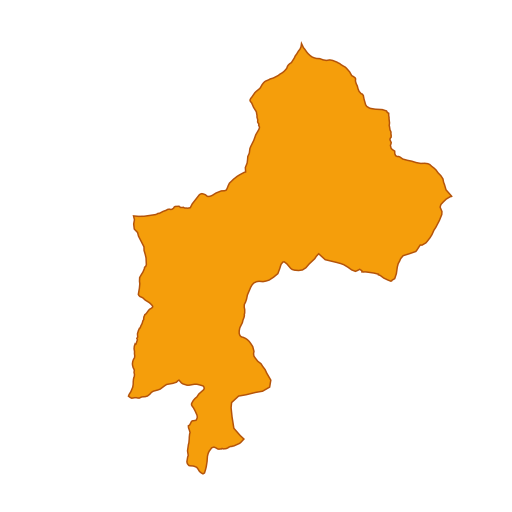 Makambako Township Authority, Njombe, United Republic of Tanzania, rotated 313°
{"feature_id": "72390352B34261430797900", "entity_name": "Makambako Township Authority", "entity_type": "district", "adm_level": 2, "iso_a3": "TZA", "parent_name": "United Republic of Tanzania", "parent_adm1": "Njombe", "projection": "mercator", "projection_center": [34.908, -8.902], "detail": "fine", "context": "isolated", "style": "filled", "palette": "amber", "viewbox_px": 512, "rotation_deg": 313, "n_neighbors": 0, "source": "geoboundaries", "source_scale": "gbopen_adm2", "svg_char_len": 6079}
<svg xmlns="http://www.w3.org/2000/svg" viewBox="0 0 512 512"><g transform="rotate(313 256 256)"><path d="M201.8,139.1L199.6,142.4L196.0,144.7L192.7,148.6L192.4,153.4L190.4,156.5L186.3,167.8L183.7,170.4L181.5,174.1L179.6,176.9L174.9,181.7L173.0,182.5L171.7,182.0L171.8,182.1L170.7,183.0L167.0,184.3L164.3,184.8L160.9,185.6L158.1,188.0L156.4,190.0L152.9,192.7L147.7,196.1L147.3,197.2L147.2,198.7L147.8,200.4L148.2,201.7L148.2,205.0L149.1,209.6L149.2,211.1L149.0,214.1L148.5,215.0L148.2,215.2L146.7,215.2L144.5,214.5L143.1,214.5L138.9,215.0L137.2,214.7L136.6,215.1L135.5,215.3L133.9,216.3L133.0,217.2L131.6,217.4L129.1,218.7L126.3,219.5L124.7,220.2L123.2,220.3L123.2,220.2L121.2,220.9L118.2,222.4L116.0,224.8L114.5,225.0L113.9,226.4L109.6,228.3L108.8,228.0L108.9,227.7L107.1,228.5L105.0,230.1L103.3,232.3L101.6,233.8L100.2,235.5L98.6,236.6L96.9,236.9L94.8,237.8L92.9,239.1L92.0,240.1L90.5,242.4L90.3,243.2L89.5,244.9L87.7,246.2L86.5,247.9L84.6,249.4L84.0,249.4L82.8,250.2L82.6,250.2L80.4,251.9L78.4,253.7L76.0,255.3L71.5,257.0L68.3,257.6L66.5,258.3L66.7,260.2L67.1,261.9L68.1,262.8L69.4,263.7L70.7,265.0L71.3,266.1L72.4,267.5L74.9,268.5L76.0,269.4L77.4,270.8L79.5,272.1L82.4,272.6L84.9,272.5L87.1,273.1L91.1,275.6L93.3,276.7L98.9,277.7L101.2,278.3L106.1,282.0L109.5,283.9L111.3,283.9L112.7,284.3L112.3,288.0L112.6,289.7L114.5,293.7L115.8,295.1L120.2,298.4L121.9,300.2L123.4,302.9L124.7,305.5L124.9,306.3L124.6,307.4L123.8,308.5L122.4,308.9L116.1,308.3L112.5,308.9L110.6,308.6L109.5,308.6L107.4,308.7L104.2,309.5L103.2,310.3L102.7,311.6L102.3,313.8L101.1,317.3L99.3,321.5L98.1,323.0L97.0,323.6L95.8,324.0L94.9,324.2L91.9,321.8L90.9,321.7L87.3,322.7L86.3,322.6L85.8,322.3L84.9,323.1L84.1,324.2L83.4,325.7L81.9,328.2L80.5,328.9L78.1,330.7L76.6,332.0L73.5,334.4L72.1,335.1L66.8,338.8L63.9,342.5L62.4,343.1L58.5,345.7L57.8,346.6L57.3,347.5L57.0,349.8L57.5,350.7L59.6,353.3L60.3,354.8L61.0,356.7L60.8,358.3L59.9,361.6L60.0,363.8L60.5,365.8L62.2,366.3L65.3,364.8L68.0,363.3L72.4,360.3L76.5,357.0L79.1,355.6L81.2,354.9L85.5,354.4L87.4,355.4L87.8,356.0L88.4,357.8L88.8,359.7L89.5,360.7L90.3,361.3L91.4,362.4L92.1,362.4L92.6,363.6L94.6,365.4L96.2,366.2L98.2,366.7L99.3,367.3L100.3,368.3L100.7,368.3L101.9,369.3L107.8,371.8L109.5,372.0L113.9,372.0L113.9,366.9L114.9,357.3L122.0,348.2L128.1,341.2L132.2,338.1L141.7,338.8L147.8,343.4L155.9,348.7L161.6,353.0L169.4,355.4L175.3,351.5L177.7,343.6L179.1,340.2L179.9,335.8L180.6,333.2L180.2,329.1L180.9,324.8L181.4,322.7L182.8,320.9L184.9,319.5L187.5,315.4L188.4,311.9L188.9,309.1L188.9,306.6L188.6,304.6L187.7,301.9L187.1,301.0L186.8,299.8L186.9,298.4L188.0,296.4L189.9,294.7L192.5,293.1L197.9,291.5L200.4,290.1L202.7,289.2L204.3,288.3L205.4,287.2L206.6,286.6L207.7,285.6L209.1,284.3L210.6,282.2L212.6,280.5L215.1,279.8L218.0,278.5L221.6,276.3L229.6,273.4L232.3,272.8L234.8,272.8L237.6,273.9L239.6,275.5L242.0,278.6L244.5,280.4L247.3,282.0L252.5,283.3L258.0,284.0L262.6,282.1L267.0,280.0L269.9,279.8L271.0,280.6L271.3,284.0L270.6,289.9L270.8,291.6L271.9,293.8L274.4,297.0L277.5,299.5L281.4,300.5L286.5,300.3L294.1,300.8L296.9,300.3L300.4,300.3L300.5,309.1L306.2,319.2L308.3,323.2L309.5,326.1L310.5,330.8L311.1,335.5L312.6,339.2L314.6,340.1L317.0,340.9L317.4,343.5L316.6,344.3L317.8,345.7L318.8,346.6L320.5,348.9L323.9,353.8L326.2,357.9L325.7,358.3L326.5,360.1L327.0,364.5L328.3,368.6L329.5,371.7L330.3,372.2L331.2,372.0L334.0,372.9L338.8,370.7L344.4,366.8L347.4,365.2L350.2,364.5L352.7,363.6L356.6,363.4L362.6,366.8L368.3,369.8L369.7,369.7L376.0,368.6L377.2,370.0L381.5,371.3L383.7,371.2L388.1,370.8L391.6,370.1L396.3,368.5L399.4,368.0L407.0,365.9L413.0,363.6L415.3,361.7L417.3,357.3L419.8,356.1L423.2,356.1L427.3,356.3L431.8,357.6L432.7,358.3L433.1,358.4L434.0,349.8L436.8,345.1L437.8,343.0L439.9,340.1L440.8,336.4L441.0,332.4L441.7,328.9L441.7,326.2L441.4,323.4L441.4,320.7L440.7,318.7L438.9,316.2L436.0,313.3L433.6,309.5L431.6,305.3L429.2,301.4L427.0,297.2L426.6,294.0L426.1,292.5L425.1,291.5L424.6,289.7L425.5,287.7L427.3,285.9L427.0,284.2L426.8,282.5L427.0,281.2L428.6,278.8L430.1,278.2L431.2,277.5L432.4,274.6L433.6,273.9L435.1,273.8L436.5,272.5L437.4,271.3L438.7,270.2L439.2,269.1L439.6,268.0L441.6,265.5L442.2,264.5L444.4,262.9L447.1,259.7L448.1,258.8L449.2,257.3L450.9,255.7L450.5,254.1L450.9,253.3L451.1,252.5L450.6,251.5L449.2,248.5L444.7,243.1L442.2,239.3L441.6,238.2L440.9,234.9L441.4,233.0L444.4,228.0L446.6,225.0L446.9,223.3L446.4,222.3L446.7,219.1L447.9,216.5L449.4,214.2L450.3,211.9L451.2,210.3L451.9,209.3L453.5,208.0L453.9,207.0L453.7,205.0L453.2,203.0L454.5,198.9L455.0,194.2L455.0,192.4L454.5,190.5L453.9,187.5L453.8,185.8L453.4,184.9L453.0,183.0L451.3,178.7L449.7,176.2L447.0,174.1L445.2,171.3L443.8,168.0L441.7,165.5L440.6,163.4L439.8,161.3L439.5,158.8L439.5,156.1L439.7,154.3L440.5,150.5L440.7,148.7L442.4,144.4L439.8,146.2L437.3,147.1L434.7,147.3L431.5,148.0L429.3,148.2L426.9,149.0L421.6,150.0L419.5,149.5L417.8,149.4L416.3,149.6L414.2,150.5L412.2,150.6L410.1,150.6L408.1,150.3L405.0,149.4L403.3,149.2L398.0,147.3L395.1,145.6L393.7,145.2L390.6,143.8L389.5,143.5L387.9,143.4L385.5,143.6L382.2,144.4L381.0,144.5L376.6,143.9L374.7,143.8L369.3,144.6L367.6,144.7L367.0,144.9L365.9,145.3L365.2,146.5L365.0,148.4L363.1,152.8L361.7,157.9L359.2,161.2L358.3,161.9L356.7,164.5L355.1,165.8L354.7,166.9L354.6,167.9L354.2,168.3L353.4,168.8L352.7,170.6L351.9,171.2L350.4,171.8L344.4,173.2L339.1,175.5L332.4,177.5L330.4,178.3L326.6,181.0L323.1,182.2L320.6,184.2L318.0,186.1L313.4,187.9L310.4,191.1L309.0,190.3L304.3,188.7L301.4,187.9L297.0,187.2L291.1,186.9L288.5,187.7L285.8,188.8L283.8,189.3L282.3,188.5L279.9,186.2L274.8,183.8L270.6,182.7L269.2,182.1L268.0,181.4L266.8,180.3L266.4,179.6L266.3,177.3L265.6,175.5L264.7,173.9L263.6,173.2L262.2,172.8L250.7,173.8L246.5,175.0L244.3,173.4L243.4,172.1L242.8,171.6L242.3,170.8L242.0,169.5L241.5,169.3L240.0,167.7L239.9,165.8L237.1,163.1L236.0,162.8L234.8,163.1L232.8,162.7L231.7,161.7L231.1,160.6L229.8,159.6L228.1,159.1L225.2,157.6L222.0,156.5L221.1,156.1L220.4,155.3L219.0,154.9L217.8,154.3L208.9,147.2L204.9,143.1L201.8,139.1Z" fill="#f59e0b" stroke="#b45309" stroke-width="1.5"/></g></svg>